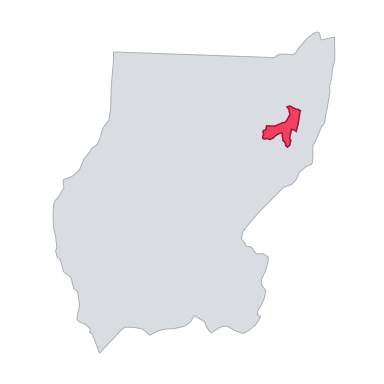 Uganda, with Kamwenge highlighted, rotated 182°
{"feature_id": "UGA-3368", "entity_name": "Kamwenge", "entity_type": "District", "adm_level": 1, "iso_a3": "UGA", "parent_name": "Uganda", "parent_adm1": "", "projection": "robinson", "projection_center": [30.551, 0.184], "detail": "fine", "context": "in_parent", "style": "filled", "palette": "rose", "viewbox_px": 384, "rotation_deg": 182, "n_neighbors": 0, "source": "natural_earth", "source_scale": "10m", "svg_char_len": 3054}
<svg xmlns="http://www.w3.org/2000/svg" viewBox="0 0 384 384"><g transform="rotate(182 192 192)"><path d="M275.3,329.2L269.7,329.2L260.7,329.2L251.6,329.2L242.5,329.2L233.5,329.2L224.4,329.2L215.3,329.2L206.3,329.2L197.2,329.2L188.2,329.2L179.1,329.2L170.0,329.2L161.0,329.2L151.9,329.2L142.8,329.2L133.8,329.2L124.7,329.2L119.4,329.2L118.3,329.1L117.5,328.8L114.1,329.5L110.6,332.1L106.8,333.1L102.8,332.7L102.3,333.0L100.3,332.9L97.3,332.8L94.7,333.4L92.6,335.6L90.6,339.4L86.9,343.8L83.9,347.7L81.5,350.4L75.8,354.9L72.7,356.2L71.2,356.0L70.3,355.2L68.5,349.4L67.4,348.5L56.4,351.5L54.7,351.5L54.9,349.7L54.1,336.1L54.0,327.8L55.4,322.6L56.2,316.6L56.3,311.3L58.3,302.3L57.6,296.9L60.2,277.9L60.9,274.9L61.9,265.7L63.5,262.9L65.0,261.8L66.8,256.2L70.4,247.2L72.9,242.6L72.4,232.5L72.8,225.6L73.4,224.1L78.7,221.5L85.6,215.2L88.5,207.7L92.7,203.0L100.7,199.9L124.3,174.2L135.4,160.4L140.1,153.4L140.3,150.8L141.2,147.5L139.3,144.9L137.0,142.5L136.3,140.3L134.3,139.3L131.5,139.3L129.6,137.7L127.5,134.6L125.3,132.6L118.6,132.8L113.4,129.6L113.5,125.3L115.5,116.8L119.5,107.0L119.7,104.3L119.1,102.0L118.2,100.1L116.4,98.1L114.7,95.8L116.0,88.8L118.5,81.9L120.5,78.4L122.5,74.6L121.9,71.4L119.0,69.9L120.5,66.8L123.7,61.6L129.7,56.3L135.0,52.8L138.6,52.8L145.5,55.6L151.7,58.9L155.1,59.1L159.3,57.7L167.9,51.9L170.0,53.7L172.5,57.3L175.2,63.1L180.7,65.8L183.3,67.6L185.1,68.2L186.2,67.7L188.2,63.1L190.7,60.6L195.3,57.4L205.4,54.9L212.7,54.1L215.7,53.6L220.9,52.1L229.0,47.4L237.0,53.5L245.7,54.7L254.1,54.6L256.6,52.8L258.1,51.3L266.9,41.3L278.8,27.8L286.8,46.9L289.5,48.0L289.2,49.7L288.5,51.3L293.7,55.9L300.1,58.3L302.4,60.6L302.6,63.2L300.4,74.4L300.8,77.6L302.9,88.8L306.7,91.3L310.1,102.5L317.0,107.3L318.0,108.7L319.5,114.2L321.6,120.1L323.3,121.5L324.3,121.9L326.3,128.2L325.1,131.8L326.7,142.6L329.3,152.3L330.0,163.9L330.0,169.0L330.0,172.1L329.4,176.5L328.2,179.1L326.0,181.5L323.6,185.4L321.5,189.6L320.1,191.7L321.2,197.9L320.9,199.5L320.4,200.3L317.3,201.3L313.3,203.0L310.9,204.6L307.5,207.8L304.8,211.2L301.2,221.3L295.1,229.2L294.1,231.8L288.4,236.4L285.9,242.2L284.4,249.3L282.2,254.4L277.4,261.4L276.3,272.4L276.4,294.4L275.1,319.4L275.3,329.2Z" fill="#d9dde1" stroke="#a8b0b8" stroke-width="1"/><path d="M98.1,240.1L100.0,241.8L100.6,244.3L101.4,245.7L103.0,246.5L103.0,248.5L103.6,250.5L103.7,252.7L104.4,254.2L105.7,254.0L108.5,252.6L110.9,250.8L112.9,248.6L114.7,247.8L116.1,247.2L117.6,247.7L118.8,248.2L120.3,247.6L121.3,247.5L122.6,247.6L123.2,248.4L123.1,250.6L122.3,251.8L122.9,253.3L123.2,255.0L122.7,256.1L120.8,256.5L120.2,257.4L119.8,260.7L117.4,260.7L113.3,260.7L111.4,260.8L109.1,262.0L106.5,263.0L104.8,264.0L102.0,264.8L100.5,265.6L98.1,270.3L96.7,273.0L97.5,275.1L98.1,278.4L99.1,279.1L100.0,280.4L98.7,280.8L97.5,281.4L96.1,280.9L91.9,278.8L90.5,278.4L89.0,278.3L86.4,277.0L86.6,276.5L86.8,276.0L88.3,263.8L90.0,256.2L91.2,257.2L94.7,258.2L95.6,253.4L96.1,250.0L96.0,248.5L94.9,246.9L95.7,245.1L95.7,244.3L95.5,243.4L96.2,241.9L97.5,240.9L98.1,240.1Z" fill="#f43f5e" stroke="#9f1239" stroke-width="1.5"/></g></svg>